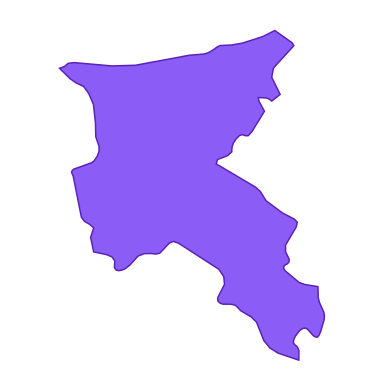 an SVG outline of Ravenna, rotated 272°
{"feature_id": "ITA-5364", "entity_name": "Ravenna", "entity_type": "Province", "adm_level": 1, "iso_a3": "ITA", "parent_name": "Italy", "parent_adm1": "", "projection": "orthographic", "projection_center": [11.905, 44.374], "detail": "fine", "context": "isolated", "style": "filled", "palette": "violet", "viewbox_px": 384, "rotation_deg": 272, "n_neighbors": 0, "source": "natural_earth", "source_scale": "10m", "svg_char_len": 1796}
<svg xmlns="http://www.w3.org/2000/svg" viewBox="0 0 384 384"><g transform="rotate(272 192 192)"><path d="M311.0,55.3L313.0,60.2L316.3,63.8L317.2,69.7L315.2,107.5L316.7,131.1L328.6,184.6L330.2,198.5L331.3,202.4L333.0,205.6L338.3,212.8L339.4,215.3L340.3,226.6L342.6,237.3L349.8,257.3L356.3,269.1L344.7,286.7L341.8,288.7L318.8,269.1L309.4,267.7L292.6,276.7L285.7,268.6L287.8,265.4L288.6,262.7L288.7,255.0L285.0,255.8L275.2,261.6L254.3,249.7L250.2,246.1L250.1,243.2L251.1,240.5L250.1,237.5L246.4,234.1L242.3,231.6L238.0,230.4L233.5,230.3L229.7,226.5L225.3,216.3L220.9,215.3L198.9,255.6L194.8,260.3L185.8,266.4L174.4,282.8L168.5,295.1L165.5,298.3L160.5,297.3L142.1,287.3L135.6,287.6L128.1,291.5L125.3,291.3L123.6,289.9L122.5,287.9L121.1,286.4L118.8,286.3L116.3,288.1L105.4,302.1L103.5,308.0L101.8,321.2L91.1,321.8L86.1,323.2L76.4,328.0L72.9,328.7L69.0,328.5L57.1,325.5L53.5,324.1L51.3,322.5L51.4,320.8L52.1,319.1L53.3,317.6L58.1,313.0L59.3,311.6L60.0,310.1L59.5,307.6L57.5,304.6L51.5,300.3L47.9,298.8L45.2,298.6L43.6,299.5L42.4,300.7L41.4,302.3L39.2,303.6L37.2,304.4L27.7,304.6L33.9,283.8L38.8,275.3L46.0,269.0L64.2,261.0L69.2,255.5L75.0,244.9L79.4,240.5L80.7,238.1L81.2,234.1L81.0,227.2L81.7,224.2L83.6,221.9L85.7,221.3L88.0,221.7L100.8,227.7L108.6,226.7L115.8,221.4L140.3,180.4L142.0,175.3L140.1,171.1L129.7,161.9L128.7,158.0L129.1,153.2L128.7,146.3L126.0,140.3L116.6,132.3L112.7,127.5L111.4,124.3L110.8,121.3L111.4,118.8L113.9,117.1L120.5,117.2L124.4,114.2L126.5,108.6L128.7,95.8L143.2,92.3L152.7,95.0L156.0,91.0L158.9,85.6L163.0,82.3L203.8,72.7L206.6,71.3L208.0,71.0L209.5,71.7L210.8,73.2L217.7,90.6L219.7,93.1L224.7,96.2L229.5,97.7L234.4,97.5L243.8,93.9L257.8,93.1L276.2,90.4L286.7,85.4L293.7,80.0L297.0,72.3L301.0,66.1L311.0,55.3Z" fill="#8b5cf6" stroke="#5b21b6" stroke-width="1.5"/></g></svg>